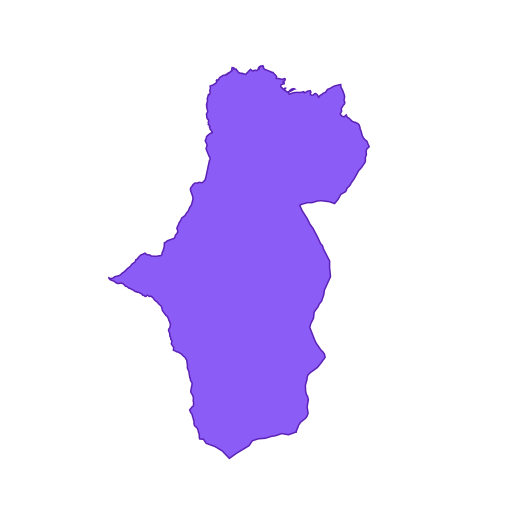 outline of Albestii De Muscel, Arges, Romania, rotated 208°
{"feature_id": "2599482B98216268157036", "entity_name": "Albestii De Muscel", "entity_type": "district", "adm_level": 2, "iso_a3": "ROU", "parent_name": "Romania", "parent_adm1": "Arges", "projection": "orthographic", "projection_center": [24.987, 45.368], "detail": "fine", "context": "isolated", "style": "filled", "palette": "violet", "viewbox_px": 512, "rotation_deg": 208, "n_neighbors": 0, "source": "geoboundaries", "source_scale": "gbopen_adm2", "svg_char_len": 6140}
<svg xmlns="http://www.w3.org/2000/svg" viewBox="0 0 512 512"><g transform="rotate(208 256 256)"><path d="M339.4,427.2L340.3,426.2L340.9,426.2L341.1,425.5L341.8,424.9L341.9,424.5L341.5,424.2L342.1,423.6L341.9,423.0L341.4,422.7L341.2,422.8L341.1,422.6L341.9,422.5L341.9,420.9L342.2,420.7L342.3,420.3L342.9,419.8L343.8,419.8L345.1,418.6L345.1,418.3L346.4,417.8L348.5,418.2L350.4,411.5L353.4,410.9L353.8,410.5L354.1,410.8L356.1,409.8L356.8,410.0L357.6,409.8L359.1,410.7L360.6,411.0L360.7,411.4L361.4,411.7L363.2,410.9L363.2,411.3L363.8,411.7L365.5,411.2L365.1,409.3L364.1,408.5L364.2,408.3L364.9,407.5L364.9,406.7L366.1,405.1L365.8,404.8L366.5,404.4L366.8,403.8L366.6,402.8L367.4,402.7L367.7,402.4L367.6,401.7L369.7,400.2L371.9,396.5L371.9,393.7L373.3,393.1L373.3,392.1L372.4,391.4L372.7,389.1L373.3,388.7L374.4,386.4L375.3,385.8L376.3,384.5L374.9,382.4L374.5,380.4L373.1,378.6L372.8,376.7L373.0,376.4L373.8,376.3L372.8,371.7L371.9,370.7L371.5,369.9L371.1,367.5L370.5,366.8L370.7,366.2L370.2,365.3L369.1,364.6L369.1,363.7L368.1,362.9L366.5,360.9L366.3,360.5L366.4,359.0L366.2,357.6L365.4,356.9L364.6,355.3L363.1,354.1L362.2,354.1L361.6,353.5L361.0,352.4L360.9,351.4L360.1,350.8L359.8,349.6L359.3,349.7L358.8,349.4L357.8,349.2L357.6,348.5L357.7,348.0L356.8,347.6L356.6,347.0L356.1,346.4L354.3,345.8L352.5,344.5L352.7,343.9L353.0,344.0L354.2,342.3L355.5,339.1L355.7,338.1L355.0,335.8L355.1,334.4L354.8,333.8L351.3,331.2L350.5,327.4L350.3,327.1L344.6,322.3L342.4,320.9L341.9,319.5L341.9,318.2L337.4,302.6L336.7,299.2L337.6,296.0L338.1,295.3L340.7,294.4L342.0,293.0L344.4,291.5L345.2,289.0L345.1,288.1L345.5,287.1L345.5,284.6L344.6,283.2L340.2,279.2L338.8,277.5L338.1,275.7L337.1,271.3L337.0,269.9L337.3,268.9L337.3,267.5L337.0,264.7L337.0,263.1L337.5,261.7L337.7,258.3L339.4,254.7L339.2,251.3L339.5,250.0L339.4,248.5L339.1,246.4L339.2,245.0L338.8,243.1L337.4,242.1L336.3,240.2L336.8,236.7L336.8,236.0L336.4,234.2L336.6,233.1L340.9,228.5L341.6,227.5L342.1,225.9L343.1,224.6L341.4,221.1L340.5,216.8L340.4,214.8L339.8,213.3L339.8,212.4L340.7,211.1L341.8,210.7L343.4,209.2L348.3,206.8L349.8,207.1L353.4,205.9L353.7,206.2L354.8,206.1L355.4,206.4L357.5,203.5L358.1,203.0L359.1,199.8L359.3,198.6L359.1,198.5L359.4,197.5L360.3,196.4L360.0,194.5L360.2,193.5L361.8,190.4L362.0,188.0L363.7,184.3L364.1,183.1L364.0,182.5L364.7,181.2L365.0,180.0L366.1,178.1L366.8,175.7L367.9,174.2L371.0,171.4L371.9,169.4L373.6,167.8L375.6,167.7L375.2,167.1L373.5,166.6L369.6,167.1L366.8,166.6L364.8,166.9L362.8,168.5L361.9,169.0L361.5,168.8L361.0,169.1L359.6,169.0L357.0,168.0L355.7,168.5L353.0,167.9L351.7,168.3L350.0,168.1L349.1,168.4L345.9,167.9L344.7,168.4L343.9,168.2L342.5,168.9L339.0,168.8L337.4,168.1L336.5,168.7L334.9,168.2L334.1,168.8L333.8,170.2L332.9,170.5L331.3,170.1L330.4,170.9L329.2,171.3L329.1,171.0L327.0,170.7L325.2,169.6L321.2,168.8L319.4,168.0L316.3,167.3L315.4,166.6L313.0,163.9L307.7,161.3L306.0,161.0L303.8,159.5L302.7,158.2L301.5,157.6L300.4,156.3L299.7,155.9L298.6,153.1L298.5,151.8L298.7,150.5L298.3,149.2L295.9,147.2L294.3,144.6L293.1,144.1L292.3,142.6L290.4,141.6L289.5,138.6L285.7,136.6L285.1,134.7L284.6,134.0L282.4,134.3L281.3,134.1L279.8,134.6L276.0,134.5L273.0,133.5L271.5,133.4L268.2,131.4L264.9,126.8L264.2,125.1L260.8,122.2L259.2,119.9L258.4,119.1L257.6,117.7L256.6,117.0L255.3,115.3L253.4,114.3L252.4,113.2L250.2,106.1L249.5,105.1L246.4,103.1L244.7,101.4L243.4,98.5L242.1,97.0L240.9,94.1L241.7,92.5L241.9,90.9L242.4,89.0L239.9,87.0L238.3,86.3L236.4,84.2L235.3,83.4L234.4,82.0L233.2,81.1L232.1,78.9L230.6,77.3L227.3,76.5L225.4,75.1L224.3,73.6L222.4,71.9L220.8,69.1L219.9,68.0L217.6,68.9L216.6,69.6L212.0,67.2L202.8,68.5L194.2,68.0L184.5,64.8L180.7,72.5L173.1,85.2L172.5,91.1L168.1,95.7L162.4,99.3L157.9,103.8L154.4,106.5L149.9,111.3L143.4,113.4L138.5,118.8L137.8,119.3L138.3,121.1L138.6,124.8L139.0,126.4L138.5,130.4L136.1,135.9L135.7,138.2L136.2,141.7L140.0,146.7L142.3,153.7L144.7,156.4L146.0,157.0L148.5,159.6L151.7,165.0L153.0,170.8L154.1,173.7L154.2,175.8L153.3,178.5L149.4,186.5L148.2,192.9L148.0,194.9L147.5,197.6L147.5,199.2L149.7,201.6L152.1,202.8L154.6,203.5L161.9,207.3L164.2,208.9L175.0,218.2L175.9,222.0L176.0,228.0L178.3,233.8L177.4,240.4L177.6,243.0L176.9,247.1L178.1,254.0L179.6,258.1L180.5,272.7L185.7,280.5L188.6,286.1L199.8,293.9L201.6,295.8L202.9,296.7L204.6,297.1L210.5,301.6L218.7,307.2L223.5,309.5L227.9,312.8L236.7,317.8L241.2,321.4L239.5,323.6L235.5,327.3L231.6,329.4L227.6,333.4L224.3,335.5L216.6,338.4L211.2,339.2L210.1,344.7L210.1,350.2L207.1,354.9L207.1,356.9L207.5,358.1L207.1,359.7L206.7,360.6L206.1,363.4L206.3,364.7L205.6,369.8L205.4,379.6L204.4,383.5L203.7,390.1L204.1,391.4L205.7,394.4L205.9,395.5L205.9,396.6L206.3,397.7L207.9,400.1L208.4,402.3L208.1,403.5L207.4,404.9L207.6,406.0L209.3,407.1L211.9,409.4L214.7,409.9L216.5,410.7L218.5,412.0L222.2,415.9L223.7,417.0L224.6,418.4L226.7,420.3L228.3,420.8L230.5,420.5L231.0,420.8L231.5,420.3L234.3,420.1L238.8,421.4L240.3,421.2L242.6,422.9L243.5,420.2L245.4,419.9L247.8,420.5L248.4,421.2L248.3,423.9L249.8,425.9L249.9,427.3L249.7,428.9L249.8,430.1L249.3,431.4L249.6,433.3L251.4,434.8L252.5,438.2L253.6,439.6L257.1,442.8L260.3,445.0L261.7,447.2L266.0,443.5L267.4,441.8L269.1,439.0L271.2,436.5L271.2,435.0L271.6,433.0L273.3,430.9L273.7,429.5L274.7,428.2L275.2,425.6L277.5,427.1L279.6,427.5L280.6,426.6L280.8,425.0L282.5,424.1L283.4,424.0L284.4,424.9L284.3,426.3L285.7,427.5L288.1,425.5L288.9,423.9L290.1,422.7L291.0,423.5L293.6,421.2L297.3,419.4L300.2,417.2L302.6,414.4L304.0,415.1L304.2,415.6L302.3,418.6L301.4,419.6L301.2,420.7L300.2,421.6L301.1,421.6L302.9,420.1L303.9,417.9L304.2,416.5L304.9,415.7L306.1,415.5L307.5,415.8L308.5,415.5L309.1,416.0L308.5,417.8L308.6,418.1L309.4,417.6L310.0,416.5L311.0,416.0L312.0,416.8L313.5,417.0L314.0,417.5L314.3,419.0L312.0,421.3L312.7,422.4L314.5,422.4L313.4,423.0L313.4,423.6L312.9,424.3L313.2,425.9L313.5,426.1L314.2,426.0L315.5,424.6L316.4,424.0L318.1,423.7L318.6,423.3L319.1,423.5L321.1,422.3L321.8,422.6L321.9,423.9L323.0,424.6L326.4,425.6L327.0,426.1L328.7,425.5L329.1,425.7L336.0,424.9L337.4,425.3L338.1,426.4L338.3,426.6L338.4,426.4L339.4,427.2Z" fill="#8b5cf6" stroke="#5b21b6" stroke-width="1.5"/></g></svg>